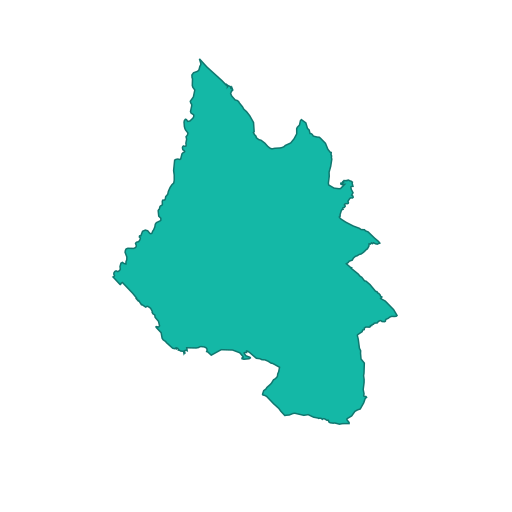 Candesti, Arges, Romania (Robinson projection), rotated 231°
{"feature_id": "2599482B17245199742801", "entity_name": "Candesti", "entity_type": "district", "adm_level": 2, "iso_a3": "ROU", "parent_name": "Romania", "parent_adm1": "Arges", "projection": "robinson", "projection_center": [25.189, 45.06], "detail": "fine", "context": "isolated", "style": "filled", "palette": "teal", "viewbox_px": 512, "rotation_deg": 231, "n_neighbors": 0, "source": "geoboundaries", "source_scale": "gbopen_adm2", "svg_char_len": 6133}
<svg xmlns="http://www.w3.org/2000/svg" viewBox="0 0 512 512"><g transform="rotate(231 256 256)"><path d="M444.8,336.1L440.0,334.1L439.3,333.2L438.7,331.7L436.6,328.9L436.3,326.9L437.7,322.8L437.0,320.1L434.8,318.5L433.7,318.2L428.6,313.8L426.9,313.1L423.5,312.9L419.0,307.4L417.6,302.3L416.0,301.6L414.5,301.5L413.3,300.7L409.5,296.0L407.9,295.5L405.1,296.4L404.1,295.9L403.3,295.0L402.8,293.5L402.5,289.5L403.6,287.6L405.8,287.8L406.7,287.2L406.3,285.5L405.3,284.3L401.7,281.8L399.9,281.0L398.5,280.6L394.4,280.5L393.1,278.8L392.7,276.7L390.4,275.6L387.8,272.5L386.4,271.7L385.6,270.9L385.9,269.8L387.2,268.8L387.0,267.7L386.4,266.9L384.6,266.0L382.9,266.6L382.0,266.3L381.9,265.5L382.2,264.6L382.0,262.8L378.8,258.5L378.9,257.6L380.6,256.2L381.5,254.5L381.7,253.1L374.2,245.7L370.4,243.4L366.3,240.1L364.5,238.0L364.3,235.5L363.4,232.5L361.4,228.6L359.5,226.2L359.0,223.2L357.3,221.3L357.0,220.3L358.1,218.6L357.4,217.5L354.9,215.6L354.7,214.7L355.0,213.2L354.7,212.2L353.1,210.2L353.3,209.6L352.8,208.5L348.2,205.5L345.3,205.8L343.7,204.6L343.6,203.8L344.6,199.6L344.1,197.8L342.2,195.6L340.7,192.8L340.3,191.3L339.3,189.7L339.3,188.8L339.7,188.1L340.5,187.7L343.8,187.7L345.8,186.3L346.6,183.4L344.2,179.2L344.9,178.2L344.2,177.3L343.0,177.5L342.3,177.1L341.5,175.7L341.0,173.7L341.8,172.2L341.9,171.3L341.6,170.3L339.6,169.6L338.7,168.8L338.4,167.6L338.8,165.8L342.7,161.2L343.2,159.5L342.6,158.1L341.3,156.6L336.5,155.0L334.4,153.2L333.4,151.4L331.7,149.9L333.4,148.6L335.1,148.2L335.4,146.5L333.4,143.7L331.1,142.2L330.8,141.6L330.6,140.0L330.8,138.8L332.5,137.9L332.8,136.6L332.3,135.0L331.4,134.1L329.7,133.6L329.4,132.3L329.6,131.7L319.7,132.4L319.7,133.0L319.2,133.0L319.7,134.3L319.5,135.5L304.6,136.7L298.4,136.7L298.4,136.1L295.2,136.2L295.2,136.8L290.3,136.3L290.3,136.7L285.7,138.1L285.5,139.6L284.8,140.3L281.8,141.2L279.0,140.7L277.6,140.2L277.5,139.8L276.0,139.5L273.9,140.2L271.8,139.0L266.6,139.1L262.4,137.1L262.1,135.6L263.9,134.1L263.9,133.7L263.3,133.5L256.1,134.0L251.2,131.3L249.3,131.1L246.2,132.0L245.3,131.8L236.8,133.2L235.2,134.4L235.1,135.6L234.9,135.8L234.7,135.2L233.9,135.6L234.5,136.5L233.4,137.1L232.5,137.0L231.9,136.4L231.3,136.8L231.4,137.1L229.6,137.6L227.5,139.7L225.4,138.6L225.7,139.4L225.4,139.7L227.4,140.8L226.9,142.3L225.7,142.9L228.3,144.4L222.2,151.6L221.0,153.8L220.9,155.1L220.2,156.3L217.9,158.6L215.9,159.5L214.8,159.4L213.5,158.7L212.8,157.5L211.9,158.1L207.1,158.8L205.1,170.0L197.7,178.6L191.0,182.5L185.9,182.6L185.4,182.2L185.5,180.8L184.9,180.5L183.4,181.6L180.9,185.4L180.4,186.4L180.4,187.5L181.0,187.6L184.8,185.4L187.6,185.5L188.2,185.9L188.0,186.6L186.9,188.0L188.1,188.9L187.3,189.6L185.0,190.3L176.3,191.9L173.6,194.5L171.7,195.3L169.8,197.5L166.6,199.2L163.2,200.3L162.1,201.3L154.7,204.3L151.8,200.8L150.7,198.7L149.0,196.9L148.6,195.4L148.5,192.9L148.8,191.8L147.5,188.2L147.2,186.4L147.0,181.8L146.4,180.0L146.5,177.2L144.4,174.0L143.7,173.9L141.9,175.2L140.1,175.9L130.0,176.7L123.2,177.8L119.7,177.6L113.9,178.0L113.1,179.5L111.5,181.8L110.4,185.5L109.4,187.2L102.1,192.9L99.9,196.7L94.5,199.3L91.1,202.2L90.4,202.4L89.8,203.6L88.6,204.6L87.3,204.7L87.3,205.8L86.4,206.8L83.8,207.7L82.9,208.8L81.0,208.2L79.7,208.7L77.4,210.9L76.7,212.1L72.8,215.0L71.4,217.6L67.2,222.9L68.1,223.6L71.6,223.6L72.1,224.0L72.2,224.9L71.5,229.7L73.0,235.1L72.5,238.1L71.5,240.7L74.1,247.3L76.5,251.1L76.6,253.0L77.6,253.0L78.9,251.7L79.7,251.8L80.9,253.2L84.8,255.3L89.5,260.2L92.0,262.3L95.3,264.3L97.0,266.2L104.6,272.8L109.9,272.8L114.6,276.0L116.5,277.7L119.2,278.3L127.0,283.1L130.4,284.7L130.9,285.3L130.4,290.9L131.3,292.2L130.7,293.8L131.8,294.8L131.7,296.6L129.2,299.6L129.2,300.5L129.9,301.1L129.1,302.2L129.6,303.1L129.0,304.4L129.4,305.6L127.7,308.1L128.1,309.9L127.7,311.8L127.0,312.4L125.7,312.7L124.0,314.6L123.9,315.5L124.7,316.4L125.0,317.3L124.4,319.3L124.3,321.7L123.7,323.4L121.6,325.9L120.9,327.2L121.0,328.2L127.8,329.2L139.6,328.1L144.5,326.1L144.9,328.0L146.2,327.5L147.9,328.0L149.8,327.8L150.8,327.3L152.2,327.6L153.3,326.7L162.1,326.6L167.1,325.7L168.4,324.7L172.9,324.8L175.0,324.1L177.6,324.1L186.6,322.2L186.8,322.9L187.6,322.3L193.1,321.3L192.9,323.6L193.3,325.1L192.2,328.2L193.1,330.4L193.2,333.0L192.5,334.8L192.3,337.0L191.4,339.0L191.2,342.3L191.5,343.5L191.3,344.3L191.7,345.7L191.4,346.9L192.6,349.9L194.3,351.6L193.2,352.5L193.5,354.0L192.2,354.4L192.4,355.6L190.2,356.6L188.8,357.8L188.5,359.4L188.0,360.2L188.3,360.4L190.6,360.3L195.2,359.4L204.2,358.3L206.7,356.9L208.2,356.8L210.4,354.3L212.4,353.8L218.0,350.5L225.7,347.1L231.2,345.3L233.5,345.1L234.2,345.7L234.0,346.5L235.2,347.3L237.6,350.9L237.9,351.9L237.5,353.0L238.4,353.2L238.8,354.1L238.2,355.1L238.5,356.6L239.0,356.9L240.0,356.8L240.4,357.3L240.2,358.8L239.2,359.8L238.9,360.8L239.3,361.4L240.7,361.9L241.6,364.8L241.7,366.0L240.4,367.5L240.5,368.5L241.6,369.0L243.1,368.6L244.1,371.2L247.9,372.0L249.4,372.8L250.0,373.3L250.0,373.9L249.1,375.2L252.0,376.5L252.7,377.4L254.6,376.9L255.1,376.3L256.8,375.7L257.5,374.4L257.3,374.1L259.3,371.8L259.0,371.3L259.2,370.4L258.3,370.4L258.7,368.8L258.0,369.0L258.0,368.5L257.7,368.2L258.3,368.4L259.2,368.0L259.2,367.7L258.5,367.2L257.4,367.7L255.9,369.9L255.2,364.1L256.0,362.9L259.6,359.4L265.4,357.2L267.0,358.0L271.9,363.1L275.2,365.6L278.7,370.5L283.5,375.8L285.4,376.8L286.1,377.7L287.7,378.2L289.1,379.6L289.9,379.0L293.7,379.0L299.9,380.9L307.1,380.2L308.5,379.9L309.9,378.4L313.1,376.0L315.1,376.2L316.5,375.8L317.2,375.1L320.5,376.6L322.8,376.3L328.1,378.5L333.4,377.1L333.2,375.7L330.4,372.2L330.0,369.0L329.3,367.7L325.3,364.5L323.1,359.3L322.0,354.1L323.5,348.3L323.3,346.6L323.9,344.5L324.8,342.7L328.0,338.2L329.2,335.8L331.1,334.7L333.8,334.1L338.1,333.9L342.7,332.8L344.7,331.4L347.8,330.7L349.1,331.4L351.3,331.2L353.6,331.7L353.8,332.8L361.3,338.1L369.0,339.4L374.1,339.5L377.8,338.9L380.5,339.4L385.6,339.4L387.0,339.7L388.8,339.2L390.3,338.0L395.6,337.8L398.2,338.5L399.7,341.0L399.4,341.5L399.6,342.4L402.1,343.2L401.5,342.3L402.2,342.0L403.5,342.8L405.7,341.7L405.4,340.3L406.5,341.4L408.1,341.0L407.7,340.4L413.7,339.9L433.6,336.8L444.8,336.1Z" fill="#14b8a6" stroke="#0f766e" stroke-width="1.5"/></g></svg>